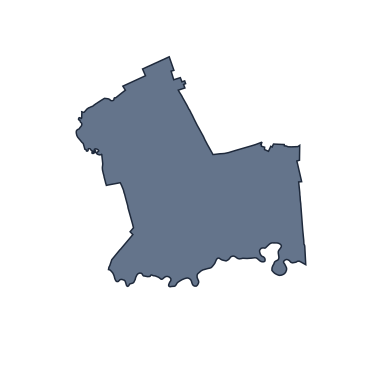 outline of Odobesti, Dâmbovita, Romania, rotated 295°
{"feature_id": "2599482B6181888881552", "entity_name": "Odobesti", "entity_type": "district", "adm_level": 2, "iso_a3": "ROU", "parent_name": "Romania", "parent_adm1": "Dâmbovita", "projection": "orthographic", "projection_center": [25.536, 44.599], "detail": "fine", "context": "isolated", "style": "filled", "palette": "slate", "viewbox_px": 384, "rotation_deg": 295, "n_neighbors": 0, "source": "geoboundaries", "source_scale": "gbopen_adm2", "svg_char_len": 5922}
<svg xmlns="http://www.w3.org/2000/svg" viewBox="0 0 384 384"><g transform="rotate(295 192 192)"><path d="M174.2,325.8L190.7,317.0L191.6,316.2L191.9,315.7L192.2,315.4L195.4,313.7L199.8,311.1L201.0,310.4L204.2,308.5L226.4,296.0L227.5,295.4L230.2,293.7L233.5,291.9L234.9,291.0L237.2,289.8L246.2,284.4L247.7,287.0L261.8,276.0L264.1,274.1L264.4,273.9L266.2,276.0L271.1,273.8L279.8,269.9L277.9,268.8L274.9,263.0L273.6,260.0L273.5,257.9L272.9,256.2L274.0,255.5L269.9,245.6L266.6,245.6L266.7,244.1L261.2,244.1L261.1,239.8L263.3,238.9L262.8,235.8L262.8,235.6L264.8,234.5L264.7,234.4L266.2,234.5L266.4,234.0L261.7,229.4L258.9,226.3L248.5,214.4L243.1,208.4L240.7,205.2L239.6,203.3L238.6,201.4L235.5,196.4L234.8,195.1L235.9,193.7L239.8,188.3L241.5,185.9L243.2,183.7L244.7,181.7L247.1,178.9L252.6,171.4L254.6,168.6L255.7,167.2L259.1,162.9L261.6,159.9L263.3,157.6L264.0,156.8L264.3,156.5L264.9,155.5L265.2,155.3L265.4,154.9L265.9,154.0L268.3,151.0L273.5,143.7L274.7,142.2L277.6,137.7L278.5,136.5L283.3,141.6L285.4,139.4L285.9,138.9L287.5,140.4L289.6,138.4L287.6,136.3L290.7,133.1L286.0,128.0L292.7,122.0L294.6,124.2L304.9,114.2L282.6,95.2L277.7,100.7L258.7,84.6L256.1,88.6L252.5,86.7L245.4,83.2L244.9,82.7L244.8,82.2L244.4,81.9L244.0,81.8L243.8,81.8L243.3,82.1L242.5,82.2L242.2,82.1L241.7,81.9L241.4,81.6L241.1,81.2L240.8,80.5L240.7,80.4L240.6,79.8L240.6,79.2L241.0,78.7L241.1,78.2L241.1,77.4L241.0,76.5L240.6,75.2L239.9,73.1L236.9,71.1L231.5,67.7L230.8,67.3L229.2,66.4L228.5,66.1L227.5,65.6L226.9,64.8L225.3,63.5L224.5,62.7L222.7,61.7L218.8,60.6L218.4,60.0L218.2,59.0L218.1,58.2L217.5,58.6L212.5,60.7L211.9,60.7L211.7,60.3L211.9,59.8L211.9,58.8L211.6,58.3L210.8,58.2L210.2,58.3L209.7,58.6L209.5,59.1L209.5,60.1L209.2,60.5L208.5,61.0L208.2,61.5L207.9,62.5L207.5,63.1L207.0,63.4L206.0,63.8L205.1,63.8L202.8,63.2L201.5,63.0L200.2,61.9L199.5,61.6L198.8,61.4L198.1,61.5L197.1,61.9L196.4,62.3L194.7,63.6L194.1,64.3L193.4,65.2L192.6,66.8L191.6,69.0L190.6,71.0L190.0,72.9L187.6,75.0L185.5,76.8L185.5,78.2L185.2,78.5L184.6,79.0L184.6,79.4L184.8,79.8L185.1,80.1L185.4,80.2L185.9,80.2L186.3,80.0L186.8,79.9L187.3,79.8L187.6,80.0L187.9,80.5L188.0,81.1L188.0,81.6L187.1,83.2L187.0,83.7L187.1,84.4L187.1,84.6L186.9,84.7L186.5,84.8L186.2,84.6L185.8,84.6L185.4,84.7L185.0,84.9L184.9,85.3L185.0,85.7L185.1,86.0L185.4,86.4L187.2,85.8L187.5,85.8L187.7,86.3L187.5,86.6L186.7,87.1L186.5,87.3L186.7,87.6L187.2,87.7L187.8,87.6L188.4,87.3L188.7,87.0L188.9,86.4L189.0,85.7L189.4,85.5L189.7,85.7L190.3,86.2L190.7,87.6L190.6,88.2L190.5,89.3L190.0,90.0L189.7,90.1L189.0,89.8L187.7,89.2L187.1,89.2L186.6,89.4L186.3,90.0L186.3,90.8L186.4,91.7L186.6,92.6L186.9,93.1L187.5,93.9L187.9,94.2L187.8,94.4L180.0,99.1L178.8,99.6L176.5,100.3L175.3,100.9L174.1,101.6L171.5,103.6L169.5,105.3L168.2,106.2L165.1,108.8L163.7,109.9L162.3,111.2L161.8,111.6L162.6,112.6L168.4,120.7L170.1,123.0L168.1,125.5L165.4,128.4L164.5,129.3L163.3,130.2L162.7,130.7L161.6,131.8L159.3,133.7L158.9,134.0L152.3,139.6L150.5,140.8L137.8,151.7L134.8,154.1L129.8,152.7L128.4,156.4L109.8,151.4L109.2,151.1L96.7,147.9L90.5,148.6L88.7,148.5L86.4,149.1L86.5,149.6L86.6,151.0L86.2,152.0L85.3,154.1L85.0,154.6L84.1,155.7L83.1,156.8L80.8,158.7L79.7,160.0L79.1,161.0L79.1,161.9L79.6,162.8L80.0,163.1L80.9,163.4L81.9,163.7L82.7,164.5L83.0,165.1L83.2,165.7L83.4,168.1L83.0,169.0L81.6,170.4L80.1,171.7L79.4,172.4L79.3,173.2L79.3,173.6L79.7,173.9L80.2,174.2L81.8,174.4L82.3,174.5L82.8,174.9L83.6,175.9L84.5,176.9L85.5,177.4L88.7,177.5L90.6,177.1L92.3,177.1L94.0,177.2L95.0,177.6L95.6,178.0L96.4,178.8L96.8,180.0L96.9,180.7L96.7,181.3L95.7,182.8L95.5,183.3L95.5,183.7L95.8,184.6L96.5,187.5L96.9,188.2L97.1,188.7L97.6,189.4L98.0,189.7L98.6,189.7L99.3,189.9L99.6,190.1L99.7,190.4L99.8,192.2L100.1,193.3L100.4,193.8L100.6,197.8L100.2,199.7L99.9,200.8L100.0,201.2L100.6,202.0L103.2,203.2L104.5,204.2L105.2,205.7L105.3,207.0L105.1,208.1L104.6,209.3L103.4,210.1L102.2,210.2L100.9,209.9L98.3,210.0L97.3,210.4L96.9,210.9L96.8,211.8L97.0,212.4L97.6,213.2L98.2,214.2L99.0,215.7L99.5,216.2L99.9,216.5L100.5,216.6L101.1,216.8L102.6,216.9L103.2,217.0L104.5,217.5L106.4,218.7L108.3,220.0L110.3,221.8L111.5,223.2L112.2,224.3L112.4,225.7L112.3,226.7L111.8,228.1L110.8,229.3L109.5,230.4L108.5,231.5L108.0,232.3L107.8,233.1L107.8,234.0L108.2,235.0L108.5,235.6L109.0,235.9L110.1,236.3L111.8,236.4L113.1,236.2L114.1,235.6L115.5,234.0L116.7,232.8L118.4,231.9L119.5,231.7L120.4,231.8L124.2,233.5L125.9,234.7L129.1,238.4L130.7,240.5L131.7,241.4L133.0,241.9L135.0,242.4L136.9,242.8L140.8,242.7L141.6,242.8L142.5,243.1L143.0,243.5L143.4,244.2L143.5,244.9L143.2,246.2L143.1,248.0L143.9,251.9L144.1,252.2L145.3,253.1L146.1,253.6L146.8,253.9L149.7,254.6L150.4,255.2L151.0,255.9L151.3,256.3L151.5,256.9L151.6,257.7L151.6,258.8L151.2,260.4L151.1,261.8L151.4,263.2L152.5,264.9L153.4,266.0L155.0,270.0L157.3,274.1L158.9,276.6L159.4,278.0L159.3,279.2L158.6,281.6L158.3,282.7L158.2,284.3L158.7,285.9L159.4,286.8L159.9,287.2L160.9,287.1L162.0,286.6L162.8,285.8L163.3,284.6L163.4,283.8L163.3,283.0L163.4,282.4L163.7,281.5L164.2,280.7L164.6,280.1L166.3,278.6L167.4,278.0L168.6,278.0L170.2,278.5L170.9,279.3L171.5,280.3L171.9,281.7L172.4,282.2L175.8,283.5L176.8,283.9L177.9,284.4L179.1,285.3L179.8,286.2L181.8,290.7L182.1,292.1L182.1,293.2L181.9,294.3L181.6,295.0L181.3,295.4L180.9,295.8L179.9,296.0L179.1,296.0L177.6,295.7L176.3,295.4L175.4,295.3L174.4,295.4L173.1,296.0L169.5,298.4L168.7,298.6L167.5,298.8L166.4,298.4L165.5,297.6L164.5,296.9L163.9,296.6L163.1,296.4L161.2,296.6L159.6,296.4L157.6,296.5L156.2,296.9L154.7,297.6L154.0,299.1L153.3,301.0L153.1,302.8L153.1,304.6L153.3,306.3L153.8,307.2L154.6,308.4L156.1,309.7L157.3,310.4L159.1,310.8L161.4,310.6L162.8,310.0L163.5,309.4L165.8,306.5L166.6,305.1L167.2,304.5L168.0,304.4L169.7,305.1L170.3,305.6L170.8,306.2L171.1,307.4L171.0,309.1L170.1,311.3L170.1,312.0L170.3,313.1L172.3,315.9L173.7,316.8L174.6,318.3L174.6,320.2L174.2,325.8Z" fill="#64748b" stroke="#1e293b" stroke-width="1.5"/></g></svg>